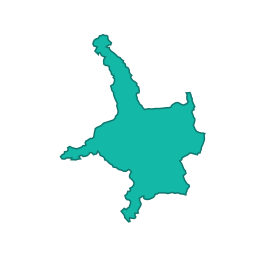 Marilândia do Sul, Paraná, Brazil (Natural Earth projection), rotated 319°
{"feature_id": "56859067B82853827773074", "entity_name": "Marilândia do Sul", "entity_type": "district", "adm_level": 2, "iso_a3": "BRA", "parent_name": "Brazil", "parent_adm1": "Paraná", "projection": "natural_earth1", "projection_center": [-51.292, -23.743], "detail": "fine", "context": "isolated", "style": "filled", "palette": "teal", "viewbox_px": 256, "rotation_deg": 319, "n_neighbors": 0, "source": "geoboundaries", "source_scale": "gbopen_adm2", "svg_char_len": 4004}
<svg xmlns="http://www.w3.org/2000/svg" viewBox="0 0 256 256"><g transform="rotate(319 128 128)"><path d="M153.8,61.1L151.7,63.9L152.1,66.1L153.6,67.3L153.9,69.6L152.4,71.6L152.2,73.2L151.8,75.0L150.8,76.7L151.5,79.6L149.9,80.2L150.1,81.9L148.9,83.5L147.2,84.6L145.5,85.4L142.6,84.9L141.7,86.8L140.5,89.2L140.4,91.7L139.2,93.2L138.1,95.6L137.4,97.6L136.5,100.7L136.1,102.7L134.2,103.7L132.8,106.5L131.9,108.5L129.6,110.5L128.2,110.9L126.4,111.0L124.6,112.2L122.3,112.4L118.9,111.0L112.5,108.3L109.4,108.6L107.6,108.1L106.3,107.6L104.2,107.1L102.7,107.1L101.6,108.2L100.1,109.1L98.3,110.6L96.1,112.5L94.1,112.4L92.9,111.3L91.3,110.9L89.7,110.8L87.8,110.3L85.9,111.1L85.0,113.3L83.7,112.9L82.4,111.8L80.9,112.0L78.6,111.3L75.7,110.1L73.9,107.8L72.7,105.8L71.9,103.7L69.5,103.3L68.6,105.2L66.7,105.7L64.5,104.3L63.3,105.5L62.0,105.4L60.6,105.0L58.2,105.4L58.0,108.1L60.0,110.0L62.4,110.5L63.9,112.0L66.0,113.7L64.3,114.6L65.8,116.0L68.1,118.1L69.6,118.5L71.9,120.1L72.2,117.1L73.9,117.7L75.3,118.3L75.4,120.1L78.6,122.0L80.9,122.1L83.3,121.6L84.6,123.2L84.5,125.6L86.1,126.2L87.5,126.9L88.7,126.2L90.0,125.7L90.0,128.2L89.1,130.4L90.5,133.4L90.6,135.1L89.5,136.8L90.6,138.2L90.7,139.8L90.7,141.6L91.1,143.6L91.9,145.6L91.2,147.7L93.2,150.1L93.8,153.2L95.3,155.2L96.2,157.4L97.9,159.3L99.7,159.6L101.4,159.7L101.8,161.4L101.8,163.1L100.3,163.8L98.8,164.4L97.5,165.3L96.7,166.7L97.1,169.4L97.2,171.8L96.2,173.9L94.7,174.7L92.5,175.3L89.8,174.7L89.2,176.5L87.8,177.1L86.3,175.7L84.5,176.8L83.1,177.3L81.5,176.9L80.2,179.5L80.3,181.5L81.7,183.0L81.8,185.1L80.2,186.8L78.7,187.4L77.2,188.5L74.8,188.2L73.2,188.5L72.4,186.1L70.8,186.3L68.2,186.3L68.1,189.8L67.8,192.2L66.8,193.4L66.9,195.7L66.9,199.2L68.2,199.8L69.1,198.0L70.3,196.8L71.9,198.9L73.7,200.6L75.5,200.3L75.9,198.7L77.2,196.9L78.7,198.0L80.0,198.9L81.0,197.0L82.8,196.2L84.3,195.7L86.4,195.0L88.1,193.9L89.0,190.8L90.5,188.5L92.2,188.8L93.6,188.9L95.2,189.7L93.8,191.5L94.3,193.1L95.9,194.8L97.5,195.8L99.4,196.4L101.5,197.0L103.5,196.7L105.1,195.9L106.6,196.8L108.9,197.3L110.6,198.8L112.3,200.3L113.8,201.7L115.2,203.7L116.7,204.3L118.1,205.1L119.6,206.0L120.1,207.6L121.7,208.8L123.1,209.4L124.3,212.0L126.1,213.8L127.8,216.4L129.2,215.0L130.6,214.4L132.0,213.4L133.9,212.8L135.8,212.5L136.6,211.2L135.9,208.6L136.5,204.5L137.1,203.0L138.2,200.3L140.4,200.3L141.9,200.3L143.2,197.9L143.1,196.0L145.2,189.8L145.5,186.8L147.6,187.2L149.6,185.9L155.4,187.4L158.7,187.6L162.8,193.7L164.5,192.9L166.1,194.0L167.5,193.0L169.1,192.2L170.4,190.9L172.0,190.2L173.9,189.3L177.1,187.5L178.9,185.9L180.8,183.2L182.3,182.6L181.4,181.1L180.1,180.2L178.7,178.1L177.6,175.8L177.7,173.2L178.6,170.7L178.9,169.1L180.0,168.3L181.3,167.6L183.4,166.1L184.5,164.8L184.6,162.9L185.9,159.9L186.4,158.2L188.1,156.9L189.8,157.5L190.8,155.8L192.3,155.8L193.0,153.4L194.1,149.9L195.7,147.8L196.3,145.8L197.3,144.1L198.0,141.9L196.8,141.1L195.0,139.7L194.4,141.8L192.9,143.1L191.2,145.2L190.8,147.6L188.5,148.2L186.6,147.6L185.1,147.4L183.5,144.7L182.9,142.5L181.8,141.0L180.1,140.1L178.0,139.8L176.1,139.6L174.0,140.4L171.7,139.2L170.2,137.8L169.0,137.1L167.1,135.8L164.5,134.0L162.2,131.9L160.4,130.6L158.6,129.5L156.3,127.1L154.1,125.7L152.8,125.1L152.4,122.8L153.0,120.1L152.5,117.7L153.3,114.7L153.7,112.3L154.9,111.0L155.3,109.3L157.1,107.5L159.5,108.6L161.1,107.1L162.8,104.0L162.4,101.5L163.9,100.2L163.6,98.0L162.8,95.4L162.8,93.1L163.6,91.0L165.4,90.8L165.1,88.5L165.7,86.6L166.9,85.1L167.5,82.4L166.3,80.2L167.9,78.0L167.3,75.0L168.7,74.3L168.0,72.2L168.2,69.8L166.9,67.5L166.9,64.8L166.7,63.2L166.3,61.2L165.7,58.8L165.7,56.5L166.7,54.9L165.5,54.0L164.8,52.5L166.8,52.5L168.3,52.8L169.5,53.9L171.4,52.8L171.0,50.1L171.0,48.3L172.0,46.6L172.9,45.5L172.4,43.9L171.2,43.0L170.3,41.2L168.4,40.8L167.3,39.8L165.4,40.5L164.0,40.7L162.6,39.9L160.4,39.6L158.2,40.4L156.7,41.6L156.1,43.8L157.9,46.5L155.8,47.5L153.5,48.3L153.9,53.0L155.0,51.9L156.3,53.0L155.6,55.8L156.2,57.7L157.5,59.5L155.5,60.1L153.8,61.1Z" fill="#14b8a6" stroke="#0f766e" stroke-width="1.5"/></g></svg>